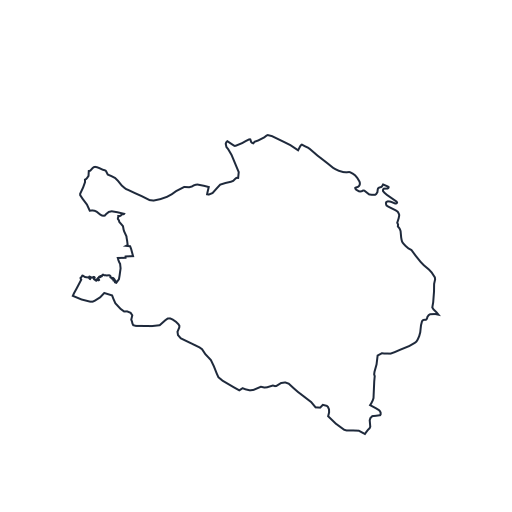 Krong Buk, Đắk Lắk, Vietnam (Equal Earth projection), rotated 120°
{"feature_id": "81297802B2573632778711", "entity_name": "Krong Buk", "entity_type": "district", "adm_level": 2, "iso_a3": "VNM", "parent_name": "Vietnam", "parent_adm1": "Đắk Lắk", "projection": "equal_earth", "projection_center": [108.229, 13.013], "detail": "fine", "context": "isolated", "style": "outline", "palette": "slate", "viewbox_px": 512, "rotation_deg": 120, "n_neighbors": 0, "source": "geoboundaries", "source_scale": "gbopen_adm2", "svg_char_len": 5995}
<svg xmlns="http://www.w3.org/2000/svg" viewBox="0 0 512 512"><g transform="rotate(120 256 256)"><path d="M382.1,394.7L380.9,385.4L378.5,376.9L377.3,374.7L375.4,373.3L369.7,370.3L363.9,368.9L362.1,360.9L364.4,358.1L367.3,354.1L369.5,346.9L370.0,342.5L368.4,339.9L367.9,336.2L369.2,333.5L373.5,332.2L374.7,330.7L376.3,329.2L377.3,327.7L376.6,325.1L368.6,310.9L364.1,304.8L356.9,302.4L354.3,301.2L353.0,299.2L352.7,296.5L353.0,292.4L353.9,289.0L354.8,287.4L356.3,286.7L360.9,286.1L363.5,284.0L364.9,280.0L363.4,259.3L363.7,256.1L366.3,250.9L368.7,243.0L372.6,237.3L377.6,231.0L379.8,227.9L380.7,222.6L380.8,209.8L380.7,203.3L377.2,201.5L376.7,198.4L375.4,194.1L373.2,191.2L366.8,186.4L365.7,182.9L364.2,180.8L359.7,176.6L359.2,174.5L358.4,173.4L353.5,170.8L350.9,167.5L350.2,163.8L351.6,157.6L352.8,151.5L354.9,135.2L357.3,128.7L355.2,124.6L351.5,123.7L350.4,119.8L350.7,118.3L352.3,116.1L354.9,114.5L358.7,113.4L361.3,103.0L362.4,92.8L361.8,90.3L358.4,84.4L355.9,79.6L355.7,72.7L353.4,72.5L350.5,72.1L348.4,71.5L346.7,71.7L341.4,75.4L339.1,75.9L336.5,75.2L334.7,72.6L331.8,68.9L330.8,68.9L329.4,69.7L328.5,70.9L328.0,72.4L327.9,75.9L328.1,82.6L326.1,82.5L322.7,82.7L320.3,83.2L305.3,91.0L300.7,93.1L299.4,94.5L297.0,95.5L289.6,97.4L281.4,100.9L277.2,98.3L277.2,98.1L276.4,96.3L273.2,90.6L270.0,87.9L265.0,84.2L257.4,78.3L251.7,75.0L249.9,74.3L247.6,74.2L243.8,74.6L240.0,75.6L233.4,78.5L229.5,79.6L228.1,79.3L227.1,78.4L226.3,77.0L225.5,76.7L224.4,76.7L223.1,77.1L220.9,76.9L219.4,76.1L218.1,74.1L216.6,71.7L215.6,68.7L214.5,71.6L213.5,75.6L212.4,77.6L207.5,79.4L197.7,84.1L191.1,87.8L186.7,89.2L185.1,90.4L182.5,95.5L181.3,99.3L180.1,106.0L178.8,110.5L175.9,118.0L173.1,124.4L173.2,127.9L172.5,131.5L171.7,134.1L171.1,135.7L170.4,136.8L169.1,138.1L167.3,139.6L162.2,143.2L160.9,144.7L160.1,146.1L159.5,147.9L157.7,148.7L156.6,150.3L152.1,151.3L149.4,152.2L148.5,152.8L147.7,153.9L146.8,155.4L146.6,157.9L147.0,164.3L147.1,166.6L147.0,168.2L146.4,169.0L145.1,170.0L144.0,170.1L142.7,169.1L141.8,167.1L141.4,165.1L141.0,161.9L140.7,161.2L140.2,160.7L139.5,160.5L139.1,160.6L138.6,161.5L137.6,173.3L137.0,176.4L136.3,178.4L135.6,178.9L134.7,179.2L133.7,178.9L131.8,175.8L131.0,175.4L130.5,175.4L130.0,175.6L129.9,176.6L130.5,181.7L132.4,181.7L133.4,181.9L135.4,183.7L136.5,184.1L137.6,183.8L140.0,182.8L142.3,182.9L143.5,183.5L145.1,186.3L146.1,188.8L145.3,194.3L145.3,195.2L145.8,196.1L146.8,196.6L147.9,197.8L148.5,199.1L148.5,202.3L148.0,203.6L147.4,204.1L146.7,203.7L145.2,202.3L143.9,201.8L142.4,201.8L140.9,202.5L139.8,203.6L137.7,207.4L136.6,210.5L136.3,213.2L136.4,216.2L136.7,217.3L138.3,219.5L139.7,222.4L140.8,226.9L141.1,230.6L141.1,233.3L140.0,240.3L138.3,252.9L136.4,262.9L136.2,265.2L136.5,268.4L136.6,272.0L137.1,272.3L138.7,272.6L143.4,272.4L142.8,281.7L143.2,288.3L144.2,302.1L145.4,306.3L146.5,307.1L149.2,308.2L154.9,311.9L157.7,314.3L159.8,314.7L160.0,315.9L159.7,317.2L157.9,319.2L157.9,319.5L158.5,320.3L161.5,322.3L165.1,324.4L170.7,328.7L171.4,329.7L171.3,332.3L170.9,338.2L171.5,338.4L172.5,338.6L174.0,338.3L176.4,336.1L177.4,333.5L180.7,327.7L192.0,312.9L197.3,310.5L198.1,312.0L199.7,312.6L202.3,313.3L204.2,314.8L208.0,318.9L212.1,322.7L217.4,323.9L223.2,325.1L226.4,327.6L227.0,329.2L225.3,329.8L219.9,331.4L221.2,336.1L223.4,342.5L224.6,344.0L226.1,345.3L227.8,346.2L229.9,348.3L232.1,352.7L239.7,357.6L244.6,359.8L249.3,362.7L254.5,367.2L259.2,372.4L260.8,376.1L261.3,384.8L262.1,392.5L262.7,399.8L263.0,402.0L262.8,403.8L262.1,407.5L259.9,413.2L258.9,417.0L259.1,421.2L259.6,425.1L257.5,428.3L257.3,428.9L257.4,430.0L257.5,430.4L257.8,431.3L258.0,432.8L258.2,435.5L258.6,438.0L259.2,439.8L259.9,440.7L261.3,441.4L265.0,442.2L265.4,442.6L266.0,443.3L270.4,441.1L272.9,441.3L274.3,441.6L275.4,442.3L277.5,441.0L283.0,440.0L290.0,439.4L291.2,438.7L293.2,434.7L296.0,428.1L299.9,422.6L298.4,420.6L297.5,418.3L297.3,416.1L298.0,411.7L298.0,409.8L297.6,408.6L296.7,407.2L294.5,406.7L291.4,405.5L289.4,403.3L287.4,397.9L285.8,392.5L285.4,391.3L285.5,391.3L285.9,391.5L286.3,391.9L286.8,392.7L287.2,393.0L288.5,393.3L289.5,393.9L290.1,395.1L290.2,395.3L290.4,395.2L290.9,394.8L292.1,394.6L292.9,394.2L293.0,394.1L293.7,392.5L293.9,392.3L294.6,391.7L294.9,391.3L295.8,388.6L296.7,386.1L299.3,383.9L300.6,382.5L303.8,378.0L304.9,377.2L307.4,375.1L310.7,372.6L312.1,373.5L310.5,369.9L312.3,367.7L317.6,362.4L321.0,367.8L321.6,368.7L322.8,368.1L326.8,374.7L328.4,373.1L329.9,371.2L330.7,369.8L334.4,367.1L341.3,364.3L344.6,363.1L349.1,363.6L349.3,364.8L349.3,365.0L349.1,365.2L349.0,365.3L348.8,365.3L348.0,365.0L347.9,365.0L347.8,365.7L347.8,366.1L348.0,366.5L348.4,366.8L348.5,367.2L348.3,367.4L348.0,367.4L347.9,367.4L347.6,366.6L347.4,366.3L347.2,366.5L346.8,367.4L346.5,368.5L346.6,369.2L346.8,369.4L347.3,369.0L347.6,369.1L347.6,369.3L347.6,369.6L347.3,370.3L347.2,370.6L347.3,371.2L347.2,371.5L346.5,371.7L346.3,371.9L346.2,372.1L346.0,372.9L346.1,373.5L346.8,374.6L347.5,375.5L348.0,376.9L348.5,377.6L348.6,378.1L348.6,378.8L348.6,379.1L348.9,379.4L349.0,379.5L349.3,379.5L350.5,379.4L350.7,379.7L350.7,380.1L350.8,380.2L351.0,380.5L351.8,380.1L352.0,380.1L352.2,380.5L352.2,381.1L352.2,381.3L352.3,381.4L352.5,381.5L353.4,381.4L354.1,381.8L354.3,381.7L354.9,380.3L355.0,380.1L355.2,379.9L355.5,380.0L355.8,380.2L355.9,380.8L355.9,382.0L356.0,382.5L356.3,382.6L356.9,381.9L357.2,381.9L357.3,382.0L357.3,382.7L357.2,383.1L357.1,384.3L357.1,384.6L356.9,384.9L356.7,385.0L356.4,385.1L356.1,385.1L355.5,385.0L355.3,385.0L355.2,385.2L355.1,385.6L355.2,385.9L355.5,386.4L356.2,386.7L356.6,386.9L356.8,387.2L356.9,387.7L356.9,388.8L357.0,389.4L357.1,390.0L357.3,390.1L357.5,390.1L357.7,389.9L358.1,388.9L358.4,388.3L358.7,388.2L358.8,388.2L358.8,388.4L358.9,388.6L358.6,389.0L358.5,389.6L358.5,390.0L358.5,390.5L358.6,390.9L359.2,392.2L359.7,393.6L359.7,394.2L359.6,396.2L359.7,396.5L359.8,396.6L362.3,396.7L362.5,396.9L362.6,397.0L362.8,397.0L363.4,396.4L363.7,396.0L363.9,395.5L373.9,395.1L379.2,395.0L382.1,394.7Z" fill="none" stroke="#1e293b" stroke-width="2"/></g></svg>